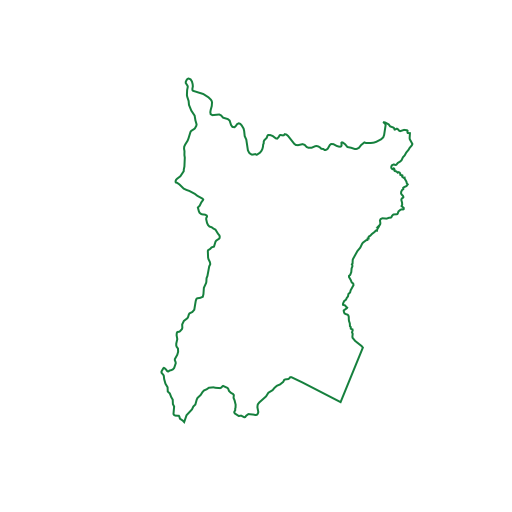 an SVG outline of Roraima, rotated 27°
{"feature_id": "BRA-670", "entity_name": "Roraima", "entity_type": "State", "adm_level": 1, "iso_a3": "BRA", "parent_name": "Brazil", "parent_adm1": "", "projection": "robinson", "projection_center": [-61.438, 1.924], "detail": "fine", "context": "isolated", "style": "outline", "palette": "green", "viewbox_px": 512, "rotation_deg": 27, "n_neighbors": 0, "source": "natural_earth", "source_scale": "10m", "svg_char_len": 6132}
<svg xmlns="http://www.w3.org/2000/svg" viewBox="0 0 512 512"><g transform="rotate(27 256 256)"><path d="M333.5,75.4L334.2,75.6L334.6,76.8L335.3,77.5L337.4,76.7L339.4,81.3L340.1,82.2L344.5,85.2L344.6,86.7L343.8,90.0L343.7,92.1L342.9,95.6L342.8,98.9L342.1,101.3L342.2,104.7L341.5,106.5L340.1,108.7L339.6,111.0L338.7,111.7L337.3,111.8L336.0,113.3L335.9,114.3L336.1,115.3L336.6,116.1L338.0,116.7L338.7,116.5L339.0,115.4L339.5,115.5L340.3,116.2L340.6,117.1L341.1,117.3L342.7,116.9L344.5,117.4L344.9,116.6L346.0,116.5L346.9,116.9L347.8,118.2L349.8,117.7L350.0,117.9L349.9,118.5L350.3,119.0L352.0,119.3L352.8,118.7L353.4,119.6L356.2,121.4L357.4,122.8L358.7,123.3L358.3,125.4L356.7,127.4L356.2,128.4L356.9,129.6L356.2,130.9L356.2,132.9L356.8,134.3L357.6,135.0L359.6,135.7L360.6,136.6L360.5,137.4L359.9,138.3L359.8,139.5L360.3,140.4L361.9,142.1L363.0,144.0L363.0,145.4L365.8,146.1L366.3,147.1L365.9,147.8L364.6,148.3L363.7,149.3L362.7,151.6L363.0,153.8L362.9,154.5L361.9,155.3L360.0,156.3L359.4,157.0L359.0,158.4L359.0,160.0L358.7,160.6L357.2,161.5L355.4,163.4L351.5,165.0L350.3,166.5L350.3,168.0L351.9,170.3L352.3,171.7L351.3,174.9L352.1,174.6L351.9,177.2L352.3,178.6L351.2,179.0L350.7,180.8L349.3,183.7L348.6,186.1L347.7,187.4L347.7,188.1L348.4,189.3L347.5,189.8L348.0,191.1L347.0,191.9L345.2,195.6L345.0,196.9L345.1,201.2L344.1,205.6L343.8,214.4L343.9,215.5L345.4,218.8L345.2,219.9L346.0,220.4L346.6,221.5L346.8,223.6L348.2,227.1L348.5,230.1L347.9,231.5L348.4,232.5L351.2,234.3L353.3,236.1L355.1,236.4L356.1,237.7L355.9,243.6L356.4,245.8L355.6,247.8L356.3,250.3L355.9,252.1L356.0,254.0L355.0,256.2L355.1,258.3L355.3,259.4L355.7,260.0L357.8,259.6L359.6,260.4L360.7,260.6L360.7,261.2L358.9,264.6L359.0,265.0L360.1,266.3L361.0,267.0L362.5,267.0L364.2,266.7L365.2,267.0L366.2,268.0L367.5,270.4L368.3,271.6L370.2,273.5L371.6,275.9L372.7,276.3L373.4,277.7L373.9,277.8L375.3,277.6L375.9,278.4L376.2,280.4L377.5,281.5L378.5,284.1L379.1,285.0L383.0,286.7L391.0,288.3L392.8,289.1L397.7,347.8L354.8,347.6L342.6,347.9L341.5,348.5L341.2,350.0L340.6,351.0L338.2,352.6L337.4,353.5L337.4,355.8L335.7,359.6L333.7,361.9L333.2,362.9L332.3,365.2L331.7,368.0L329.1,372.2L328.7,376.5L325.4,385.0L325.0,387.2L325.1,388.0L325.9,390.1L328.9,394.0L329.2,395.7L328.8,397.2L327.6,398.0L325.9,398.4L321.0,400.3L319.8,402.7L319.5,404.4L318.8,405.0L315.2,405.0L313.3,406.4L308.6,405.9L307.7,405.3L307.4,404.6L307.5,402.8L306.8,401.6L306.6,400.4L305.4,397.8L302.5,394.4L300.4,392.6L299.4,390.0L298.2,389.4L295.7,389.3L293.2,388.5L291.6,387.0L290.5,386.5L285.7,386.7L285.4,387.0L284.7,389.2L284.0,390.0L279.8,391.8L277.6,392.4L273.8,394.8L272.6,397.1L270.7,399.4L270.1,401.6L269.8,404.9L268.3,409.1L268.4,411.0L269.4,415.9L268.5,418.5L268.6,421.7L266.4,429.4L267.4,436.6L265.5,435.9L262.1,435.5L260.6,433.9L259.8,433.4L256.7,434.8L255.4,434.9L254.5,434.5L254.1,434.0L251.4,427.3L249.2,425.7L247.0,421.8L244.5,420.2L241.6,417.6L238.9,416.8L236.8,413.1L233.3,410.9L230.0,407.3L228.3,404.7L227.6,404.1L224.8,402.9L224.2,401.8L224.4,398.1L224.7,397.5L225.6,397.5L227.6,398.1L228.9,398.8L229.9,398.9L230.3,398.7L231.0,397.3L232.5,396.0L233.5,394.6L233.9,392.9L233.2,388.1L232.6,387.1L231.0,385.7L230.5,384.7L230.7,379.8L230.1,376.7L228.5,373.9L226.5,372.9L225.6,372.0L224.7,370.2L223.6,365.8L221.2,362.6L220.4,360.6L220.4,359.6L220.8,359.1L221.7,358.6L222.4,357.7L223.2,354.8L223.0,353.5L221.3,350.5L221.2,346.6L223.1,342.6L223.2,341.3L222.7,338.5L222.8,337.3L224.7,334.8L225.4,331.9L222.7,323.4L222.4,321.5L222.8,320.4L225.3,318.6L227.1,316.5L226.5,313.9L224.0,308.0L223.8,302.8L223.5,301.6L222.0,298.2L221.8,295.9L219.0,286.4L219.0,284.3L218.6,283.5L217.5,282.2L215.1,280.4L214.0,279.1L210.8,273.4L210.7,272.6L212.0,270.4L212.5,268.5L214.3,266.7L213.4,261.5L213.6,260.3L215.3,257.3L215.4,256.7L215.0,255.4L214.1,254.3L212.0,253.4L207.9,250.9L205.6,250.9L203.4,250.5L201.2,250.9L199.2,250.2L197.3,248.7L194.8,245.7L194.4,244.4L194.5,243.2L194.2,242.7L193.6,242.3L191.8,242.3L189.2,243.3L188.1,243.5L186.1,243.1L184.8,242.1L182.2,239.2L183.0,236.7L182.9,233.1L183.4,230.3L183.3,229.6L182.3,229.2L176.3,229.0L173.3,228.4L167.1,228.3L164.1,228.7L161.0,228.8L155.3,227.0L152.5,226.6L151.4,226.9L150.7,226.5L150.3,225.5L150.2,224.3L150.6,223.0L152.4,219.3L153.1,213.3L152.4,211.7L151.6,208.8L147.9,200.7L146.4,198.6L144.7,195.1L143.2,193.1L142.4,191.2L142.3,188.9L142.7,184.3L142.5,182.1L141.3,175.2L141.5,173.9L143.2,171.0L143.6,170.1L143.7,167.1L143.3,165.7L140.4,162.6L137.6,158.8L132.3,155.8L127.7,151.8L125.6,148.5L122.4,145.3L121.4,144.0L119.3,139.4L118.4,136.2L117.7,135.4L114.8,133.7L114.3,132.5L114.3,130.2L114.7,129.2L115.3,128.5L117.5,128.3L119.7,129.6L121.5,131.6L122.7,133.5L123.4,135.9L124.0,137.0L124.9,137.4L135.6,135.6L141.6,136.2L144.8,137.2L146.0,137.9L147.1,139.1L148.5,142.5L149.3,146.4L150.0,148.6L151.2,150.2L153.2,150.3L159.0,146.6L161.1,146.6L163.9,147.7L168.7,146.8L171.0,147.3L174.3,150.6L176.4,151.7L178.4,151.0L179.0,149.2L179.3,147.1L180.4,145.6L182.0,145.4L183.9,146.1L187.1,148.1L188.7,150.0L191.5,154.3L194.5,156.7L200.8,165.5L203.0,167.1L204.0,167.4L206.0,167.6L206.8,167.3L209.2,165.5L210.4,165.6L210.9,165.2L212.6,162.2L213.1,160.0L213.1,157.8L212.6,155.5L211.8,153.5L211.7,152.1L211.0,150.7L210.8,149.3L211.9,145.8L211.6,143.6L211.9,142.7L213.7,141.8L216.4,141.5L220.3,142.2L221.6,141.8L222.2,139.7L222.3,137.7L222.8,137.1L225.3,136.3L226.0,135.7L226.3,134.4L228.0,134.0L230.1,134.5L239.2,138.7L241.1,139.0L243.1,138.2L246.7,135.2L248.9,134.9L251.7,135.9L253.7,135.7L256.4,134.3L258.9,131.3L260.0,130.5L261.8,130.1L263.6,130.2L265.5,130.8L267.5,130.1L269.0,130.4L269.7,130.1L270.6,129.1L271.2,127.8L271.4,123.6L272.1,122.1L274.2,121.2L277.9,121.3L280.2,120.9L281.4,120.4L282.1,119.6L282.0,118.5L280.7,116.4L281.0,115.7L281.9,115.5L284.7,116.0L288.0,117.4L291.5,116.4L295.5,115.8L297.1,114.9L298.6,112.9L299.3,109.4L301.0,105.6L302.7,105.4L307.3,103.0L309.5,101.5L311.3,99.7L314.5,95.2L315.5,92.5L315.2,90.0L312.1,80.6L311.1,79.6L308.5,78.9L310.6,78.4L314.5,78.5L316.6,79.6L320.0,79.2L321.0,79.4L322.0,80.4L322.3,80.4L323.7,78.6L324.7,78.6L326.8,79.4L327.8,79.3L330.7,76.4L333.5,75.4Z" fill="none" stroke="#15803d" stroke-width="2"/></g></svg>